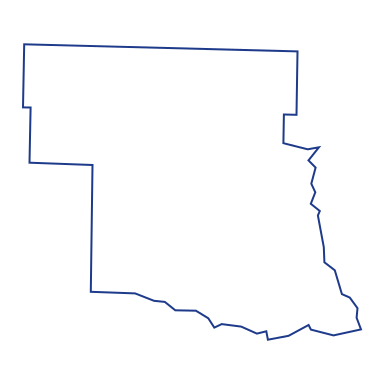 Pike, Arkansas, United States of America (Albers equal-area conic projection)
{"feature_id": "52423323B99086550227942", "entity_name": "Pike", "entity_type": "district", "adm_level": 2, "iso_a3": "USA", "parent_name": "United States of America", "parent_adm1": "Arkansas", "projection": "albers", "projection_center": [-93.566, 34.147], "detail": "fine", "context": "isolated", "style": "outline", "palette": "blue", "viewbox_px": 384, "rotation_deg": 0, "n_neighbors": 0, "source": "geoboundaries", "source_scale": "gbopen_adm2", "svg_char_len": 645}
<svg xmlns="http://www.w3.org/2000/svg" viewBox="0 0 384 384"><path d="M24.2,44.3L23.0,107.4L30.6,107.5L29.5,162.7L92.5,165.0L90.8,291.8L135.1,293.4L154.0,300.8L164.8,301.9L175.3,310.3L195.9,310.7L208.3,318.3L214.3,327.6L221.7,324.1L241.2,326.6L256.9,333.6L266.3,331.3L267.9,339.7L288.6,335.8L308.6,325.0L310.9,329.6L333.5,335.4L361.0,329.4L356.6,317.8L357.5,308.2L349.8,297.6L341.9,294.1L334.8,270.3L324.4,262.3L323.8,247.2L317.9,215.5L319.8,211.0L310.8,203.8L315.3,192.3L311.3,183.7L315.6,167.6L308.5,160.4L318.9,147.3L307.7,149.3L283.4,143.2L283.9,114.5L296.5,114.8L297.5,51.4L24.2,44.3Z" fill="none" stroke="#1e3a8a" stroke-width="2"/></svg>